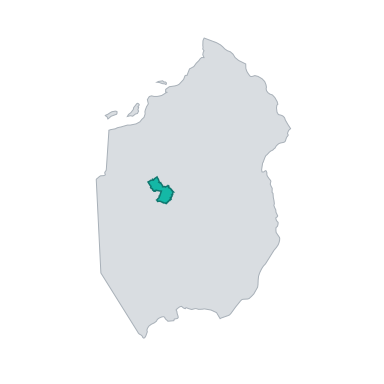 location of Chemba, Dodoma, United Republic of Tanzania, rotated 238°
{"feature_id": "72390352B30961702846084", "entity_name": "Chemba", "entity_type": "district", "adm_level": 2, "iso_a3": "TZA", "parent_name": "United Republic of Tanzania", "parent_adm1": "Dodoma", "projection": "mercator", "projection_center": [35.501, -5.27], "detail": "fine", "context": "in_parent", "style": "filled", "palette": "teal", "viewbox_px": 384, "rotation_deg": 238, "n_neighbors": 0, "source": "geoboundaries", "source_scale": "gbopen_adm2", "svg_char_len": 7239}
<svg xmlns="http://www.w3.org/2000/svg" viewBox="0 0 384 384"><g transform="rotate(238 192 192)"><path d="M148.0,260.0L144.4,258.1L141.1,256.9L138.4,255.6L137.2,254.3L134.7,253.8L132.5,253.6L130.4,252.5L126.3,252.0L125.8,251.2L125.7,249.5L125.0,249.0L123.5,248.6L121.9,248.6L120.9,248.9L120.3,248.8L118.9,247.7L117.7,246.4L117.2,244.3L115.3,243.0L113.1,241.9L107.0,242.1L106.0,241.7L104.6,240.7L102.9,238.9L101.5,237.0L100.3,234.3L99.1,230.6L92.1,216.2L91.4,213.4L90.0,210.4L87.7,206.7L85.4,203.9L82.2,201.4L78.5,198.9L76.5,197.2L72.8,190.4L72.0,187.3L71.4,184.0L71.7,182.6L74.0,178.4L74.3,177.2L74.0,175.6L72.8,172.2L71.4,168.1L68.4,160.7L67.9,158.8L68.0,157.4L69.7,149.8L69.7,148.7L76.7,148.9L81.8,145.6L86.3,140.6L87.2,138.5L89.0,135.4L90.8,133.8L91.5,132.7L92.5,129.5L94.8,127.4L97.1,125.7L96.6,124.5L97.0,124.1L98.2,123.3L100.6,122.5L101.1,120.9L101.1,119.0L100.7,117.9L100.8,116.7L100.4,116.0L98.8,115.9L96.5,114.9L94.5,114.5L93.2,114.0L92.7,113.6L92.5,112.5L93.6,109.6L92.5,108.4L94.9,103.6L95.3,103.0L96.2,102.9L97.6,102.4L98.9,102.2L100.0,102.4L100.8,102.2L101.5,101.6L102.1,100.0L102.5,97.3L102.3,95.1L101.3,93.4L101.0,90.8L101.4,87.3L101.1,84.3L100.0,82.0L98.8,80.6L97.1,80.0L94.3,76.4L93.5,74.7L93.6,73.7L94.6,73.2L96.3,73.4L98.0,72.9L99.5,72.0L101.0,71.7L101.8,71.8L171.6,71.8L253.3,117.4L253.6,117.9L254.2,121.9L254.1,123.2L252.8,125.5L252.5,126.6L252.5,127.5L252.8,127.8L253.8,127.9L254.8,128.4L255.1,128.9L255.8,130.6L256.7,131.4L287.7,153.8L288.4,154.2L288.0,156.0L286.2,160.6L286.1,162.5L285.4,164.7L284.8,166.2L283.0,172.6L281.5,175.0L279.4,180.7L279.1,185.0L280.2,188.0L280.7,190.8L283.0,193.6L285.0,194.6L286.3,195.9L288.5,198.8L289.9,201.7L294.0,203.1L295.6,206.4L295.0,208.6L293.1,210.5L291.3,213.5L289.9,217.4L289.9,223.5L290.8,222.6L293.0,224.1L293.3,228.5L291.0,233.8L290.3,236.2L290.2,238.3L291.9,244.5L294.3,247.7L294.2,248.7L293.5,249.5L297.7,255.1L297.4,260.0L299.0,263.9L299.7,267.2L300.7,269.7L300.9,271.5L299.6,273.4L302.7,273.9L304.5,275.5L305.4,277.0L307.6,276.9L308.8,278.0L310.5,278.8L314.4,281.4L315.4,282.7L316.1,283.9L305.5,292.0L301.7,294.1L298.9,295.0L296.0,295.6L293.2,296.8L290.6,298.8L287.3,299.8L283.2,299.8L278.9,301.2L272.1,305.4L268.2,303.1L265.1,302.4L261.6,302.4L259.4,302.7L258.6,303.2L258.0,304.6L257.4,307.0L255.1,309.2L251.0,311.4L247.2,312.2L243.8,311.6L241.5,310.7L240.2,309.5L238.4,308.9L236.1,309.0L233.8,309.9L231.7,311.6L228.2,312.3L223.5,312.1L220.9,311.3L220.6,309.9L218.5,308.2L214.7,306.4L211.9,306.3L210.1,308.1L208.4,309.3L206.9,309.7L205.6,309.8L203.7,309.3L198.4,309.1L193.5,309.2L193.0,306.6L191.9,305.0L191.0,304.0L189.3,303.8L188.9,303.1L188.3,301.4L187.4,300.1L186.3,298.9L185.6,297.9L185.4,296.9L185.6,295.8L186.6,293.2L187.0,291.3L186.8,289.5L186.3,287.6L185.1,285.3L185.2,284.6L184.8,283.1L184.8,282.0L185.0,280.6L184.8,278.8L183.8,275.0L183.8,274.1L182.7,272.2L179.4,267.9L179.2,267.3L174.1,262.9L172.0,262.0L171.3,262.8L171.0,263.6L171.2,265.0L171.1,265.7L170.9,266.0L169.6,265.9L168.9,265.8L166.9,264.6L165.4,264.3L161.6,264.5L160.2,264.8L159.2,264.5L157.2,262.5L154.8,262.1L152.7,262.0L149.2,259.7L148.0,260.0ZM294.5,187.3L296.2,192.1L296.0,193.0L294.8,193.5L294.2,193.6L293.4,192.8L292.9,191.2L292.0,191.6L290.4,189.7L288.9,189.6L287.5,187.3L288.1,185.3L287.7,181.9L289.4,180.1L290.3,177.2L291.4,179.2L291.7,182.3L293.1,186.0L294.5,187.3ZM302.7,158.9L302.9,160.1L302.5,161.1L302.6,164.5L302.5,166.7L301.2,169.9L300.1,171.0L299.2,170.6L298.5,170.1L297.9,169.3L299.1,163.6L298.5,159.4L300.8,159.8L302.7,158.9ZM299.3,227.8L298.1,228.1L297.6,227.8L296.9,226.9L298.2,226.1L299.4,224.5L302.3,222.2L303.7,220.4L303.5,222.2L301.8,226.1L300.4,226.3L299.3,227.8Z" fill="#d9dde1" stroke="#a8b0b8" stroke-width="1"/><path d="M210.2,175.1L210.0,174.7L209.9,174.5L209.9,174.4L210.1,174.1L210.2,173.5L210.3,173.0L210.3,172.9L210.3,172.7L210.3,172.2L210.3,171.9L210.9,171.8L211.1,171.7L211.4,171.1L211.6,170.5L211.7,170.3L211.8,170.1L212.0,169.8L212.3,170.0L212.6,170.2L213.0,170.4L213.3,170.5L213.5,170.4L213.9,170.3L214.0,170.3L214.3,170.2L214.6,170.3L215.2,170.3L215.3,170.2L216.0,170.2L216.3,170.3L216.3,170.2L216.5,169.8L216.5,169.7L217.0,169.6L217.3,169.5L217.4,169.4L217.4,169.5L217.5,169.4L217.8,169.5L218.0,169.6L218.4,169.7L218.6,169.7L219.8,170.0L220.1,170.1L220.6,170.2L220.9,170.2L221.4,170.2L221.7,170.2L221.9,170.2L222.0,170.2L222.9,170.2L223.3,170.3L223.2,169.1L223.2,168.4L223.2,167.7L222.8,166.4L222.7,166.2L222.8,166.0L222.9,165.9L223.3,165.6L222.8,165.5L222.6,165.4L222.8,165.0L223.0,164.9L223.2,164.7L223.5,163.8L223.8,163.1L223.8,162.8L223.7,162.2L223.6,161.6L223.6,161.3L223.6,161.2L223.8,160.8L223.8,160.6L223.8,160.0L223.1,160.0L222.6,160.0L222.4,160.0L221.9,160.0L221.2,160.0L220.9,160.0L220.4,160.0L219.9,160.0L219.7,160.0L219.2,160.1L218.9,160.2L218.6,160.3L218.3,160.0L218.1,159.7L217.9,159.3L217.6,159.3L216.9,159.3L216.7,159.3L216.6,159.5L216.1,160.0L215.9,160.0L215.7,160.0L215.3,160.1L215.2,160.0L214.8,159.7L214.7,159.7L214.1,159.8L213.9,160.0L213.7,160.2L213.2,160.1L212.9,160.1L212.7,160.4L212.5,160.6L212.3,161.0L212.5,161.0L212.9,161.0L212.5,162.5L212.3,162.5L212.2,162.5L212.1,162.9L211.8,163.2L211.4,163.6L211.2,163.9L211.1,164.0L210.5,164.7L210.3,164.8L210.2,164.9L210.0,165.2L209.8,165.4L209.7,165.6L209.5,165.8L209.0,166.5L208.5,165.9L208.4,165.7L207.9,165.1L207.7,164.8L207.1,164.2L206.9,163.8L206.7,163.7L206.5,163.4L206.2,163.1L206.0,162.8L205.9,162.7L205.7,162.5L205.9,162.0L205.7,161.9L205.5,161.7L205.4,161.7L205.2,161.6L204.9,161.4L204.7,161.2L204.6,160.8L204.5,160.2L204.4,159.9L204.4,159.7L204.1,158.7L203.9,158.0L203.9,157.9L203.7,158.0L203.3,157.9L203.1,157.9L202.9,158.0L202.7,158.0L202.4,157.8L202.2,157.8L201.8,158.8L201.5,159.4L201.1,159.9L200.6,160.5L200.4,160.6L200.1,160.7L199.7,161.0L199.3,161.2L199.2,161.3L198.8,161.6L198.6,161.9L198.1,161.8L197.8,162.1L197.7,162.3L197.5,162.5L197.4,162.7L197.3,162.9L197.1,163.1L197.0,163.3L196.9,163.5L196.6,163.6L196.0,163.8L195.8,164.0L195.9,164.3L195.9,164.5L196.0,164.5L196.1,164.8L196.3,164.8L196.4,165.0L196.4,165.3L196.4,165.5L196.5,165.9L196.4,166.0L196.5,166.3L196.4,166.3L196.4,166.6L196.4,167.0L196.5,167.3L196.7,167.5L196.8,167.7L196.8,167.8L196.8,168.0L196.9,168.3L197.0,168.4L197.0,168.5L197.2,168.8L197.1,169.0L197.1,169.3L197.2,169.5L197.3,169.5L197.2,169.5L197.3,169.6L197.3,169.8L197.4,170.0L197.5,170.1L197.4,170.2L197.6,170.2L197.6,170.3L197.7,170.5L197.8,170.5L197.7,170.5L197.8,170.6L197.8,170.8L198.0,170.8L198.1,171.0L198.3,171.1L198.4,171.3L198.5,171.2L198.5,171.3L198.6,171.5L198.8,171.7L198.8,171.9L198.7,171.9L198.8,172.0L198.8,172.4L198.9,172.5L199.0,172.6L199.1,172.8L199.3,172.8L199.5,173.0L199.8,173.2L199.8,173.4L199.9,173.5L200.0,173.5L199.9,173.6L199.9,173.9L200.0,174.1L200.4,174.5L200.6,174.6L200.9,174.6L201.1,174.9L201.3,175.0L201.7,175.5L201.9,175.7L202.0,175.8L202.3,176.0L202.2,176.0L202.0,176.3L202.5,176.2L202.8,176.0L203.1,176.0L203.3,175.8L203.5,175.8L203.6,175.7L204.1,175.6L204.3,175.6L204.7,175.6L204.8,175.6L204.9,175.8L205.0,175.8L205.4,175.8L205.5,175.8L205.6,175.7L205.9,175.6L206.1,175.6L206.8,175.4L207.5,175.0L207.7,174.8L208.1,174.5L208.3,174.6L208.5,174.7L208.7,175.0L209.0,175.3L209.2,175.5L209.4,175.4L209.7,175.2L209.8,175.2L210.0,175.2L210.2,175.1Z" fill="#14b8a6" stroke="#0f766e" stroke-width="1.5"/></g></svg>